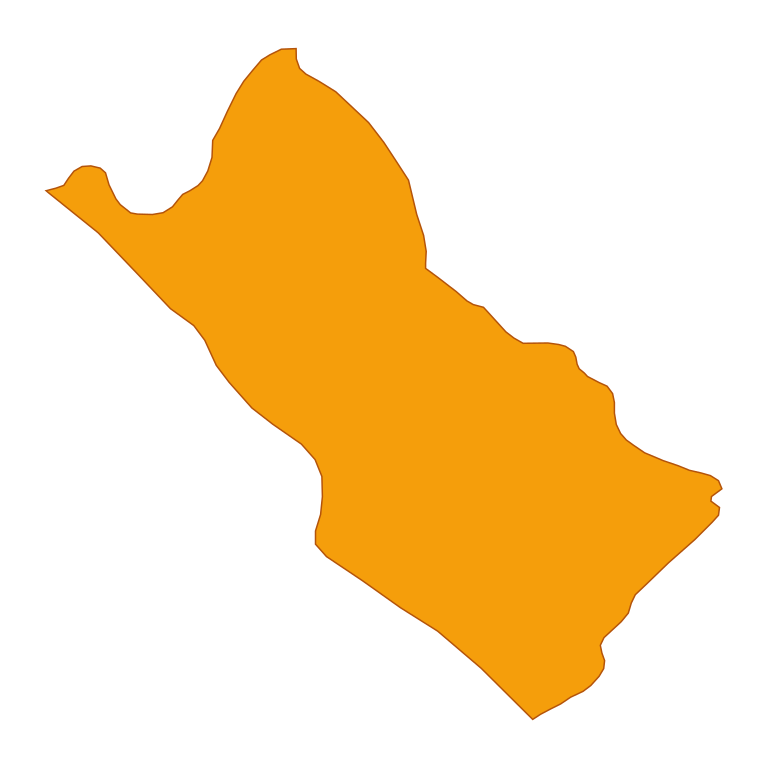 Basse-Banio, Nyanga, Gabon (orthographic projection)
{"feature_id": "22940354B35468012310479", "entity_name": "Basse-Banio", "entity_type": "district", "adm_level": 2, "iso_a3": "GAB", "parent_name": "Gabon", "parent_adm1": "Nyanga", "projection": "orthographic", "projection_center": [10.764, -3.223], "detail": "fine", "context": "isolated", "style": "filled", "palette": "amber", "viewbox_px": 768, "rotation_deg": 0, "n_neighbors": 0, "source": "geoboundaries", "source_scale": "gbopen_adm2", "svg_char_len": 1683}
<svg xmlns="http://www.w3.org/2000/svg" viewBox="0 0 768 768"><path d="M721.9,488.8L718.5,480.7L710.4,475.6L701.2,473.0L689.4,470.3L678.6,465.9L663.1,460.6L644.6,452.8L633.6,445.3L626.3,440.0L620.6,433.5L616.3,424.5L614.4,413.1L614.4,402.5L612.6,393.6L607.1,386.2L599.2,382.6L587.5,376.5L584.4,373.1L579.2,368.8L577.1,364.2L575.8,357.1L573.4,351.6L565.4,346.3L558.7,344.5L547.9,343.0L523.1,343.3L513.8,338.0L505.9,331.9L483.5,307.3L473.3,304.6L466.9,300.9L456.0,291.4L449.2,286.2L438.2,277.7L425.6,268.4L425.6,263.1L426.2,251.4L423.6,235.4L416.7,214.4L408.5,180.2L396.9,162.3L383.9,142.5L368.6,122.6L335.8,91.8L319.1,81.4L305.9,74.1L299.6,68.4L296.3,59.0L296.1,48.6L281.3,49.2L270.1,54.7L261.5,60.0L252.8,70.2L243.8,81.2L236.1,93.6L227.5,111.1L219.6,128.4L212.7,140.4L212.0,157.4L207.8,171.0L202.5,180.8L198.0,185.6L189.6,190.9L182.7,194.4L178.0,199.9L172.5,206.8L163.1,212.7L152.4,214.5L137.3,214.1L130.6,212.9L120.2,204.6L115.9,198.9L109.0,184.8L105.5,172.8L100.2,168.1L90.9,165.9L82.1,166.5L74.0,171.1L68.5,178.3L63.8,185.4L55.8,188.2L46.1,190.7L48.8,193.0L98.2,232.8L137.5,273.9L170.5,308.7L193.8,325.6L204.8,340.3L216.3,365.4L229.1,382.3L251.9,408.0L273.0,424.4L301.4,444.1L315.1,459.6L321.9,476.5L322.4,496.7L320.6,514.5L315.5,531.0L315.5,544.2L326.5,556.6L362.6,580.8L400.6,607.8L437.6,631.1L481.1,668.2L532.7,719.4L540.5,714.3L550.9,708.8L560.7,703.9L570.6,697.2L583.1,691.3L590.8,685.5L599.1,676.3L603.7,668.6L604.6,660.6L601.9,653.0L600.3,645.3L604.0,637.6L621.2,621.7L628.3,613.1L631.3,603.0L635.3,594.7L647.6,583.0L668.5,562.8L694.9,539.5L712.1,522.3L718.5,515.2L719.5,507.5L710.9,501.1L711.5,496.5L721.9,488.8Z" fill="#f59e0b" stroke="#b45309" stroke-width="1.5"/></svg>